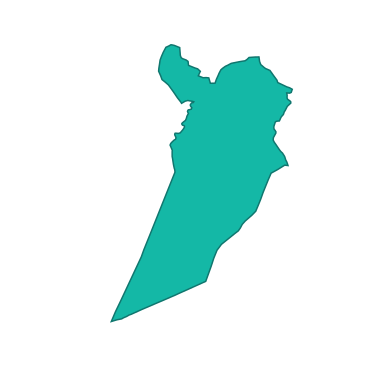 Balad, Sala ad-Din, Iraq, rotated 292°
{"feature_id": "34846034B72296099204368", "entity_name": "Balad", "entity_type": "district", "adm_level": 2, "iso_a3": "IRQ", "parent_name": "Iraq", "parent_adm1": "Sala ad-Din", "projection": "natural_earth1", "projection_center": [44.1, 33.939], "detail": "fine", "context": "isolated", "style": "filled", "palette": "teal", "viewbox_px": 384, "rotation_deg": 292, "n_neighbors": 0, "source": "geoboundaries", "source_scale": "gbopen_adm2", "svg_char_len": 3072}
<svg xmlns="http://www.w3.org/2000/svg" viewBox="0 0 384 384"><g transform="rotate(292 192 192)"><path d="M252.5,271.1L254.3,269.6L255.6,268.4L256.7,267.0L258.8,265.3L259.8,264.4L260.2,263.8L260.8,263.0L262.0,261.3L262.8,259.2L263.7,257.6L265.7,254.6L267.4,252.1L269.0,249.6L270.6,247.8L272.9,247.1L274.4,247.3L276.5,247.5L277.8,247.7L279.2,247.3L280.2,246.0L281.0,244.6L282.2,243.8L283.8,243.3L285.6,243.2L287.0,243.1L287.9,243.0L289.0,243.6L289.7,244.6L290.6,246.4L293.0,246.5L294.4,246.5L295.9,246.9L298.1,247.7L299.8,247.6L300.8,247.5L301.6,247.7L302.7,247.9L303.9,248.0L306.2,248.2L307.2,248.3L311.4,250.3L312.6,249.8L313.1,248.9L313.8,245.9L314.7,245.0L316.1,244.4L317.3,244.0L319.3,242.7L320.3,245.6L321.5,246.7L324.8,246.5L325.2,243.4L325.0,240.6L325.3,235.6L325.6,230.5L326.9,229.4L327.5,228.9L330.4,224.2L333.4,219.5L333.9,218.7L334.0,215.8L334.0,214.1L334.5,212.1L335.3,209.8L335.9,208.0L336.6,207.4L338.3,205.8L342.3,203.5L340.7,199.8L338.4,195.1L338.1,194.5L335.4,193.3L333.5,192.0L332.2,189.8L330.8,187.5L329.1,184.9L326.8,181.4L325.9,180.1L323.0,177.7L321.1,175.9L318.1,174.0L316.1,173.0L312.1,172.6L310.4,172.6L305.7,172.4L301.5,172.6L299.7,168.3L304.1,164.8L303.4,162.3L302.1,159.5L302.1,154.3L307.0,154.5L308.3,151.1L308.1,148.2L308.1,144.9L308.1,141.4L309.4,140.6L310.6,140.0L311.6,139.4L312.2,137.1L312.1,133.3L312.5,131.6L314.3,130.0L320.5,126.9L321.3,126.5L321.3,123.4L321.3,120.7L320.9,118.3L320.6,117.3L318.6,115.7L316.4,113.6L310.7,113.0L306.1,112.9L302.4,113.0L297.9,114.1L294.4,114.9L292.4,115.5L291.5,115.8L287.9,119.5L285.2,121.9L285.0,122.1L283.8,126.1L282.4,130.1L278.0,137.1L273.9,143.2L271.2,147.9L270.3,149.1L273.7,151.7L275.3,153.9L275.7,156.0L276.3,158.8L276.3,159.9L275.3,159.6L274.7,158.5L274.3,158.2L273.3,158.0L272.9,157.8L272.0,157.8L271.3,158.3L270.7,159.1L270.0,160.3L269.1,160.3L268.5,160.3L267.9,159.4L267.3,158.9L267.0,158.1L266.3,157.6L265.1,157.6L264.3,158.3L263.6,159.2L262.1,159.1L260.5,158.9L258.0,159.2L255.9,159.1L254.9,158.5L254.4,158.2L252.9,157.4L252.0,157.0L251.3,157.0L251.0,157.3L250.7,157.6L250.6,157.8L250.4,158.5L250.6,159.4L250.3,160.3L249.1,160.7L247.3,160.4L246.0,160.1L242.4,158.9L241.6,157.9L241.2,157.4L240.5,155.0L240.1,154.3L239.2,154.3L238.8,154.5L238.4,154.7L237.2,156.0L236.2,156.9L234.7,157.0L233.5,156.0L231.8,155.2L230.7,154.7L229.8,154.4L229.1,154.1L227.3,154.1L225.9,155.5L223.3,158.1L222.2,158.4L219.7,159.4L217.5,160.3L215.5,161.6L213.6,162.7L210.4,164.6L207.6,166.5L206.1,167.7L204.0,168.8L200.6,168.8L138.8,169.0L120.5,169.0L112.8,169.3L63.2,166.6L52.6,165.9L41.7,165.7L45.4,170.3L48.0,174.3L49.8,175.7L52.1,178.0L54.4,179.8L55.8,181.4L64.2,189.4L74.2,199.3L80.6,205.7L86.5,211.5L89.8,214.8L92.7,217.5L104.8,229.1L114.3,238.2L130.0,237.6L133.2,237.4L138.6,237.0L143.4,237.0L147.4,237.0L153.0,238.5L154.5,238.9L158.3,241.0L169.6,247.3L173.3,249.5L176.8,250.3L180.8,250.7L185.0,252.2L193.3,256.4L197.3,258.0L197.9,258.3L204.9,258.4L211.2,258.4L218.1,258.1L231.2,258.1L239.1,258.3L244.9,263.0L251.6,267.9L252.5,271.1L252.5,271.1Z" fill="#14b8a6" stroke="#0f766e" stroke-width="1.5"/></g></svg>